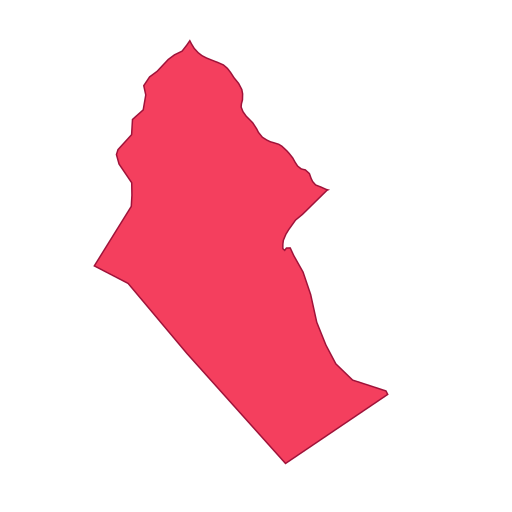 outline of Green Gold/Babonneau, Castries, Saint Lucia, rotated 12°
{"feature_id": "8701671B51268298139498", "entity_name": "Green Gold/Babonneau", "entity_type": "district", "adm_level": 2, "iso_a3": "LCA", "parent_name": "Saint Lucia", "parent_adm1": "Castries", "projection": "albers", "projection_center": [-60.953, 13.996], "detail": "fine", "context": "isolated", "style": "filled", "palette": "rose", "viewbox_px": 512, "rotation_deg": 12, "n_neighbors": 0, "source": "geoboundaries", "source_scale": "gbopen_adm2", "svg_char_len": 1227}
<svg xmlns="http://www.w3.org/2000/svg" viewBox="0 0 512 512"><g transform="rotate(12 256 256)"><path d="M99.9,299.3L136.6,309.4L208.7,365.7L328.0,452.8L413.6,364.0L411.2,361.0L376.3,357.3L356.5,344.9L342.9,328.6L329.2,308.2L317.5,282.4L305.4,262.0L292.8,247.7L287.8,241.0L284.1,241.9L282.9,244.5L280.7,243.2L279.8,238.7L279.5,234.9L280.7,228.5L282.5,223.4L285.0,217.7L287.2,212.6L292.8,205.6L311.8,176.9L312.5,176.4L310.9,176.3L309.5,176.0L307.2,175.5L305.0,175.0L303.6,174.8L299.5,174.1L295.9,171.4L293.8,168.7L291.1,164.3L286.3,161.5L284.0,161.5L282.1,161.4L278.0,159.4L274.6,156.0L271.5,152.4L267.0,148.7L264.4,146.8L258.4,143.2L255.0,142.0L249.6,141.5L246.4,141.3L242.3,140.3L237.5,138.5L232.7,134.6L230.2,131.5L225.1,126.4L217.2,121.2L213.2,117.5L210.5,113.4L210.1,110.2L210.3,106.1L209.2,100.2L207.5,96.1L203.2,90.9L197.4,86.2L192.9,81.7L189.0,78.4L184.4,75.9L179.2,74.8L171.9,73.6L166.3,72.6L161.6,71.3L157.2,69.2L152.4,65.8L148.8,62.0L146.5,59.2L144.5,64.0L141.1,71.0L134.4,76.2L129.3,82.0L120.9,95.9L114.7,102.9L110.8,112.7L114.7,121.4L115.3,136.5L106.8,148.1L109.1,163.2L98.9,180.6L98.4,185.8L102.9,194.5L119.2,210.2L122.0,222.3L123.7,233.4L99.9,299.3Z" fill="#f43f5e" stroke="#9f1239" stroke-width="1.5"/></g></svg>